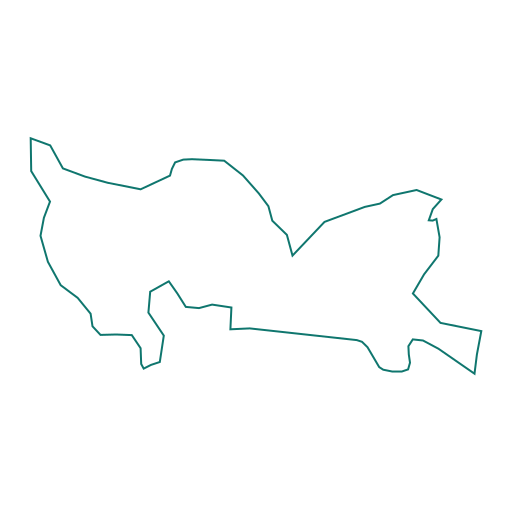 the Province of Santo Domingo
{"feature_id": "DOM-1394", "entity_name": "Santo Domingo", "entity_type": "Province", "adm_level": 1, "iso_a3": "DOM", "parent_name": "Dominican Republic", "parent_adm1": "", "projection": "albers", "projection_center": [-69.842, 18.571], "detail": "fine", "context": "isolated", "style": "outline", "palette": "teal", "viewbox_px": 512, "rotation_deg": 0, "n_neighbors": 0, "source": "natural_earth", "source_scale": "10m", "svg_char_len": 1074}
<svg xmlns="http://www.w3.org/2000/svg" viewBox="0 0 512 512"><path d="M159.8,362.0L151.0,364.9L143.7,368.6L141.2,364.0L140.6,348.2L131.8,335.1L116.2,334.5L100.5,334.9L92.5,326.3L90.6,313.7L77.7,297.9L60.7,285.2L47.9,261.8L40.5,235.8L43.9,217.8L50.0,201.6L31.2,171.1L30.7,138.3L50.2,145.4L62.9,168.4L85.0,176.6L107.8,182.8L140.6,189.3L170.0,175.6L171.9,168.9L175.1,162.4L183.3,159.6L192.0,159.2L208.1,159.9L224.2,160.7L243.0,175.5L258.8,193.4L268.4,206.2L272.3,220.7L286.9,234.9L292.5,255.6L324.5,221.9L364.8,206.9L379.9,203.6L393.0,195.1L416.6,190.0L441.4,199.5L432.8,209.1L428.8,220.3L432.7,220.6L436.4,219.0L439.6,237.3L438.3,255.7L424.1,274.3L412.9,293.5L440.5,322.9L481.3,331.1L476.9,354.5L474.5,373.7L438.4,348.7L423.0,340.5L412.8,339.4L408.4,346.2L408.8,354.4L410.0,362.7L408.1,369.4L401.9,371.5L392.1,371.5L383.2,369.7L379.2,367.1L367.5,347.2L362.0,341.8L356.8,340.1L249.7,328.4L230.4,329.3L231.4,307.5L212.1,304.6L199.0,308.1L185.8,306.9L177.3,293.4L168.8,281.3L150.2,291.7L148.4,312.6L163.8,335.6L159.8,362.0Z" fill="none" stroke="#0f766e" stroke-width="2"/></svg>